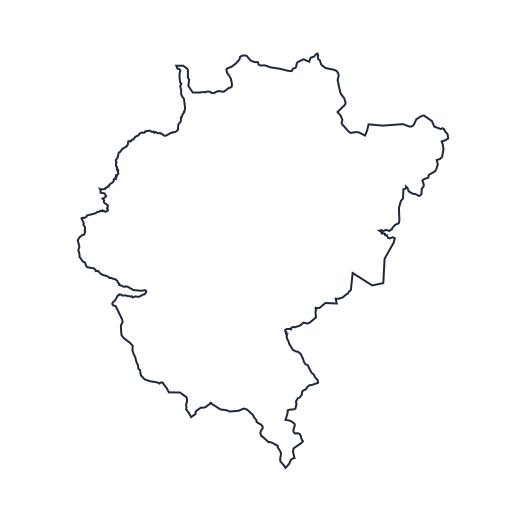 Guamote, Chimborazo, Ecuador, rotated 276°
{"feature_id": "8360857B94409334599022", "entity_name": "Guamote", "entity_type": "district", "adm_level": 2, "iso_a3": "ECU", "parent_name": "Ecuador", "parent_adm1": "Chimborazo", "projection": "mercator", "projection_center": [-78.64, -2.048], "detail": "fine", "context": "isolated", "style": "outline", "palette": "slate", "viewbox_px": 512, "rotation_deg": 276, "n_neighbors": 0, "source": "geoboundaries", "source_scale": "gbopen_adm2", "svg_char_len": 6066}
<svg xmlns="http://www.w3.org/2000/svg" viewBox="0 0 512 512"><g transform="rotate(276 256 256)"><path d="M373.9,430.7L381.7,431.3L386.4,430.1L389.3,428.7L390.6,431.7L393.0,434.9L397.1,433.8L399.1,431.6L401.8,429.6L402.6,428.2L401.6,426.5L403.3,419.9L408.6,416.8L413.3,408.3L412.5,405.9L408.6,401.1L403.5,399.4L401.8,398.4L401.0,397.0L400.8,394.7L402.2,389.8L402.4,387.6L398.9,368.5L398.7,354.2L392.5,353.4L387.2,351.9L389.8,344.9L389.5,341.5L388.3,337.2L389.0,335.6L396.4,327.5L397.9,327.2L400.4,327.7L404.6,325.4L407.7,322.0L415.9,328.8L417.4,329.1L421.7,327.5L426.1,323.5L428.0,322.5L439.5,318.8L444.3,319.4L446.5,318.5L448.3,317.0L449.3,314.5L450.2,305.6L452.4,301.8L453.5,300.7L457.0,299.2L458.6,297.2L460.3,296.7L462.1,296.9L463.7,296.1L463.5,295.1L460.4,292.9L458.9,289.6L454.8,288.6L456.6,282.7L453.5,277.6L452.2,276.5L448.1,276.1L447.3,275.6L446.3,273.3L443.6,272.1L443.5,268.6L444.7,260.2L445.1,250.9L446.5,245.0L445.9,240.2L446.8,238.4L449.0,237.6L448.7,234.4L449.8,230.3L454.1,225.7L454.3,223.1L453.5,220.9L452.4,219.4L449.7,219.0L445.6,216.1L441.7,212.0L439.5,207.8L438.4,207.0L434.9,208.2L433.4,209.8L429.8,212.4L424.6,214.1L421.9,214.2L420.6,212.6L420.4,211.5L416.0,206.8L416.0,200.8L413.6,197.0L413.6,194.6L414.5,193.1L414.6,191.5L414.3,189.6L413.4,188.4L413.7,187.1L412.6,182.4L412.0,176.0L418.1,170.9L424.3,171.1L426.4,169.6L433.4,168.9L435.0,168.1L437.6,163.8L436.9,156.8L434.1,158.3L433.9,160.2L432.7,161.4L429.7,160.9L424.8,161.4L420.5,162.6L419.7,163.7L417.0,162.9L412.7,164.3L409.3,164.6L406.9,165.9L404.8,167.9L395.9,170.0L392.0,169.7L391.9,169.2L391.1,169.3L388.4,167.9L386.7,167.8L385.9,166.9L381.8,167.1L378.8,165.0L373.3,165.2L370.9,162.9L370.3,161.2L370.6,160.6L369.7,159.5L369.8,158.9L366.2,153.8L366.1,152.0L367.9,149.2L367.7,148.5L368.2,147.9L367.8,145.4L368.8,143.0L368.0,141.9L369.0,141.2L368.5,139.7L369.6,137.1L368.4,132.9L367.8,132.9L366.8,131.7L366.8,129.2L365.2,127.1L363.7,126.5L362.0,123.6L359.0,121.8L358.7,120.5L356.7,119.3L357.1,118.1L356.5,116.9L354.0,117.0L351.6,116.0L348.8,112.2L345.0,109.7L344.5,108.7L339.7,108.1L336.5,106.5L334.3,107.5L333.6,107.0L330.6,107.5L329.9,108.5L328.5,108.4L327.8,109.4L327.1,109.0L326.4,110.1L325.5,109.7L323.5,110.5L321.9,109.4L321.8,108.5L320.4,109.1L319.9,108.2L317.9,108.6L318.1,107.2L317.0,106.4L315.7,106.7L314.6,106.1L311.7,102.8L309.8,102.3L309.7,101.2L308.3,100.3L307.9,99.2L307.0,99.1L306.0,95.5L306.4,93.7L305.0,94.5L302.7,94.8L302.4,98.8L299.9,100.7L298.2,99.4L297.1,97.4L295.5,99.1L293.9,99.0L292.8,99.9L291.0,103.3L289.9,103.5L287.8,102.8L286.7,103.9L285.7,103.9L284.2,101.6L284.8,100.4L284.6,98.8L285.3,98.5L284.4,97.2L284.7,96.4L283.8,95.6L282.9,93.1L282.0,92.3L281.0,90.2L278.7,83.8L277.2,83.2L275.8,81.0L275.9,79.4L275.2,78.5L270.8,81.2L268.9,81.1L267.0,82.7L264.8,83.3L263.2,82.9L262.4,83.6L259.3,82.8L258.7,81.2L256.4,78.7L253.0,77.1L246.7,79.4L243.2,78.7L239.3,80.3L236.8,80.5L232.3,84.5L231.6,86.7L228.3,88.1L227.2,89.5L226.8,95.8L225.8,97.5L224.2,98.3L224.7,100.5L222.4,102.9L221.2,105.3L220.6,109.2L219.7,111.6L218.8,112.6L219.1,114.7L218.6,115.3L218.1,118.7L216.5,120.9L215.6,121.2L213.8,123.0L212.8,123.0L212.4,125.7L211.7,126.9L211.8,129.3L212.3,130.0L212.0,131.6L209.3,137.6L209.4,145.2L210.4,149.5L209.5,150.5L207.9,150.3L206.0,148.8L205.7,147.4L203.7,144.9L203.1,142.9L203.2,140.3L201.9,137.6L203.0,136.8L202.6,135.7L203.1,129.5L202.7,127.0L203.5,125.8L203.5,123.8L202.5,123.5L202.0,122.5L197.1,120.5L195.2,118.7L193.4,118.0L192.1,118.9L191.4,121.8L178.9,129.5L176.2,130.3L173.5,129.1L171.6,129.0L163.5,130.4L160.7,132.8L156.5,139.7L153.7,142.8L149.2,143.0L145.9,144.4L142.9,146.4L138.2,148.1L135.0,150.0L131.6,150.8L130.2,152.7L125.3,153.9L121.6,158.3L120.4,163.5L119.9,171.5L119.0,173.2L120.0,174.3L120.5,176.1L115.2,181.0L111.3,183.6L112.3,194.6L108.3,201.7L105.9,202.5L103.8,202.6L100.9,202.0L98.3,202.6L96.3,202.5L93.2,205.4L89.0,208.3L92.4,212.3L94.9,212.3L96.5,213.7L99.4,217.0L99.7,219.8L100.8,222.2L102.5,223.6L103.7,225.4L105.1,225.8L105.3,226.4L104.1,227.9L99.7,236.6L99.5,243.1L98.6,246.2L100.3,255.0L103.0,259.7L102.3,263.2L97.7,269.5L95.1,271.1L92.7,273.6L90.9,274.0L88.7,278.8L87.3,280.3L85.6,280.7L82.5,279.1L80.3,278.8L77.3,280.3L77.2,281.2L72.1,288.0L72.5,288.9L72.0,291.3L69.5,297.4L67.9,297.7L64.0,300.8L61.6,301.6L57.0,301.2L54.3,301.7L50.4,305.9L48.3,307.4L52.7,310.7L57.0,312.0L58.8,314.3L59.1,315.4L65.5,313.2L68.6,313.5L74.9,320.8L76.8,322.1L78.2,320.6L81.6,319.4L83.5,318.2L84.1,315.9L83.5,313.3L85.0,311.7L86.8,311.4L91.8,312.3L92.9,312.0L94.6,309.8L95.9,306.4L96.1,302.5L102.8,303.8L105.8,303.7L106.6,305.3L107.5,309.9L108.5,311.2L113.3,311.8L114.3,311.1L116.0,311.1L118.9,312.4L119.9,314.3L122.6,315.9L126.6,316.3L128.8,319.7L131.1,320.7L133.2,322.9L133.4,324.7L136.4,331.0L139.1,330.3L141.6,327.3L143.7,326.2L146.0,323.2L152.8,318.8L153.6,316.4L155.6,314.8L158.5,313.6L163.3,310.7L165.1,307.9L165.2,305.9L166.6,302.4L172.5,297.9L174.1,297.5L177.0,295.6L179.2,294.8L180.2,295.1L181.2,294.3L181.9,294.8L181.9,294.0L183.6,294.0L183.6,293.3L185.4,292.7L186.5,294.0L187.0,297.6L186.7,298.4L188.3,298.6L189.4,300.9L189.2,302.2L191.6,307.3L194.8,310.3L194.3,313.4L194.4,314.7L195.3,316.3L201.1,322.0L207.0,321.0L209.2,321.4L210.3,320.6L210.8,320.9L210.5,322.2L211.2,324.8L216.5,329.9L217.2,341.3L221.9,339.7L222.0,342.4L224.0,346.8L226.9,349.4L227.8,350.9L230.6,352.4L232.1,353.9L249.2,353.9L238.9,374.6L242.3,385.4L266.8,384.2L283.6,391.5L288.2,392.2L288.9,390.1L287.5,387.1L287.8,385.5L290.3,384.0L290.0,383.2L290.3,382.2L291.5,382.0L292.0,379.9L291.5,379.3L292.1,379.0L292.1,378.3L293.5,377.7L294.1,376.1L294.8,377.6L294.2,379.9L295.5,382.7L294.9,386.1L296.6,387.7L296.8,388.4L297.9,388.6L301.4,391.0L303.5,394.5L306.3,394.9L318.9,393.1L326.1,394.4L327.9,395.8L329.2,396.2L337.7,395.6L338.2,396.9L339.3,398.1L340.7,398.0L339.2,399.7L336.4,401.0L335.4,402.8L334.3,405.7L334.3,408.0L332.8,411.7L333.2,412.8L335.1,414.1L340.1,413.8L342.8,415.5L344.8,415.3L348.6,413.6L349.8,414.8L352.0,419.2L354.7,419.3L358.8,425.1L360.7,426.1L366.2,427.2L370.4,425.7L371.7,428.8L373.9,430.7Z" fill="none" stroke="#1e293b" stroke-width="2"/></g></svg>